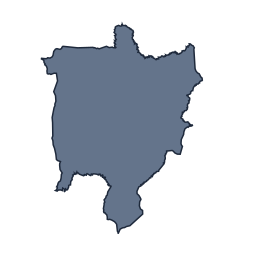 outline of Chipili, Luapula, Zambia, rotated 353°
{"feature_id": "96606910B25287686140667", "entity_name": "Chipili", "entity_type": "district", "adm_level": 2, "iso_a3": "ZMB", "parent_name": "Zambia", "parent_adm1": "Luapula", "projection": "orthographic", "projection_center": [29.255, -10.48], "detail": "fine", "context": "isolated", "style": "filled", "palette": "slate", "viewbox_px": 256, "rotation_deg": 353, "n_neighbors": 0, "source": "geoboundaries", "source_scale": "gbopen_adm2", "svg_char_len": 5772}
<svg xmlns="http://www.w3.org/2000/svg" viewBox="0 0 256 256"><g transform="rotate(353 128 128)"><path d="M207.3,90.0L207.6,89.7L207.6,87.4L206.5,86.2L205.3,82.9L203.6,81.7L202.3,79.5L201.8,77.2L203.0,57.6L203.6,56.5L202.6,54.3L201.4,53.7L200.2,52.2L199.0,51.9L199.1,53.2L198.3,53.9L197.5,53.8L197.0,54.3L197.1,54.6L196.7,54.4L196.0,55.2L195.7,54.8L195.6,55.9L194.0,58.1L193.1,58.3L192.5,57.9L191.0,58.2L191.1,58.8L190.6,59.4L189.0,60.4L188.2,60.3L188.1,60.7L187.1,60.9L186.4,60.7L186.2,60.0L185.6,60.5L185.4,59.7L185.9,58.9L185.5,59.2L185.1,58.8L185.2,59.4L184.8,59.5L184.1,59.2L184.2,58.4L182.9,58.7L182.9,58.2L182.3,58.6L181.5,58.2L179.9,58.7L180.0,59.0L179.3,58.9L179.5,59.4L178.9,59.7L178.5,59.3L178.0,60.2L177.3,59.9L176.6,60.6L175.6,60.3L175.0,60.6L174.5,60.2L174.6,60.6L173.7,60.8L173.8,61.4L173.1,61.6L172.5,61.6L172.7,61.2L171.5,61.4L171.2,60.8L170.1,60.6L169.0,61.8L167.4,61.5L167.7,61.9L165.8,62.6L166.1,63.0L165.0,62.8L164.9,63.4L164.4,63.6L163.6,63.3L163.0,62.2L161.7,61.8L161.5,60.8L160.3,60.5L160.8,59.9L159.5,59.1L158.6,59.5L157.8,58.9L157.7,59.6L157.2,59.3L157.0,59.6L157.2,60.2L155.8,59.7L155.8,60.5L153.7,59.7L153.8,60.8L153.3,61.0L153.2,59.8L152.0,59.1L152.3,58.1L151.3,57.8L151.5,57.3L150.1,57.3L150.0,56.7L149.5,56.3L149.6,55.7L148.0,54.3L148.0,53.8L147.2,53.9L148.0,52.5L147.4,51.8L147.4,51.3L146.4,51.1L146.8,49.9L147.3,49.7L147.1,49.5L147.7,49.1L146.9,48.6L147.2,48.2L146.6,46.3L147.2,46.0L146.7,45.3L145.4,45.1L145.4,44.6L144.8,45.1L145.0,43.8L144.3,43.3L144.6,42.9L144.6,42.6L144.1,42.7L144.0,40.9L143.3,40.6L143.2,38.7L144.5,36.9L144.4,36.4L143.7,36.2L144.2,35.4L143.9,35.1L144.7,34.4L144.7,33.5L145.1,33.4L144.8,31.8L143.1,30.6L143.0,30.1L142.6,30.2L142.1,29.4L141.7,29.5L141.5,28.8L139.7,27.8L138.7,26.3L138.2,26.4L137.9,25.8L136.6,25.9L135.2,25.4L134.9,24.3L134.7,25.0L134.3,24.9L134.2,25.9L132.7,25.9L131.2,25.0L128.8,25.6L127.6,26.4L127.6,27.8L126.5,28.6L126.8,30.1L125.8,31.4L127.4,33.5L127.0,33.8L127.1,34.4L126.0,34.6L126.6,35.9L126.2,37.0L127.1,38.8L126.0,39.5L125.5,39.4L126.1,40.4L124.8,41.2L125.4,42.4L125.0,42.2L124.8,42.6L125.7,43.4L124.4,45.1L124.8,44.9L124.8,45.4L125.8,46.5L125.4,46.9L123.0,46.4L122.3,45.8L119.1,45.9L116.6,44.3L109.0,45.9L107.6,45.1L106.6,45.4L104.7,44.2L104.0,44.3L103.1,43.7L87.9,42.3L73.4,39.0L72.3,39.8L71.8,40.9L70.1,41.7L67.1,40.6L65.6,40.9L63.6,43.0L62.4,46.8L61.3,48.2L59.1,49.1L56.8,48.5L56.0,49.1L54.9,49.2L50.7,48.3L50.5,48.9L52.7,50.5L52.7,52.9L53.5,54.2L53.1,55.1L54.1,55.9L54.8,57.6L55.1,59.5L54.5,61.5L54.5,64.1L55.3,64.7L56.7,64.6L58.0,65.4L61.4,64.6L63.6,65.0L63.8,72.7L58.7,82.9L60.0,87.1L59.7,92.6L58.3,95.4L58.3,96.8L57.1,98.8L54.0,108.3L53.8,113.5L52.4,126.7L51.3,128.8L51.9,131.4L51.7,135.6L52.6,139.3L53.2,145.3L53.1,150.5L54.1,151.7L56.9,153.1L55.9,154.9L55.6,156.6L55.5,161.0L57.2,164.6L56.2,166.0L55.5,169.6L54.4,172.3L52.9,173.0L51.9,174.2L51.1,176.3L50.0,177.7L50.5,178.0L50.6,178.8L49.5,180.7L48.4,181.2L50.0,182.0L51.2,181.1L53.7,181.3L55.2,182.1L55.9,179.7L57.4,181.0L57.5,182.0L56.9,182.7L57.2,183.3L57.7,183.1L58.7,180.9L59.4,182.0L60.4,181.9L62.0,179.2L62.1,177.9L62.7,177.5L64.0,177.5L64.7,173.9L65.7,173.2L66.4,172.0L66.1,171.6L66.5,170.5L67.8,168.8L67.4,168.0L68.6,167.4L69.4,167.5L69.4,166.7L69.8,167.4L71.3,167.2L70.9,166.6L71.6,166.5L71.4,166.3L71.8,165.6L71.9,166.2L72.6,166.1L74.1,167.9L78.1,170.0L78.9,169.7L78.7,169.2L79.0,168.9L80.9,169.7L81.1,168.8L81.8,168.3L84.9,170.6L85.4,170.6L86.0,169.3L87.1,170.2L87.6,169.3L88.4,169.3L91.6,170.1L92.8,171.0L93.3,171.0L93.5,170.3L94.7,170.4L95.1,172.2L96.3,172.2L96.1,171.9L96.9,171.5L97.3,171.8L97.2,172.7L96.9,172.4L96.5,173.1L96.7,173.8L97.3,173.8L98.1,175.0L99.0,173.9L99.5,174.2L98.9,175.5L99.0,176.3L99.8,176.7L99.9,177.9L100.8,178.7L100.6,179.4L101.9,180.8L101.9,181.5L101.1,181.8L101.2,182.1L102.0,182.9L102.5,182.4L103.4,183.8L103.9,183.6L104.0,184.0L100.2,188.9L99.1,192.2L98.0,192.9L97.5,194.5L95.5,196.4L95.9,198.4L95.8,199.1L95.1,199.6L95.0,201.0L93.7,205.2L94.0,206.2L93.6,207.8L93.8,209.0L94.8,209.2L94.9,210.0L96.3,211.4L96.6,213.7L96.3,216.1L97.1,216.5L98.7,216.4L100.5,217.3L103.2,219.3L104.5,221.2L105.0,222.3L104.9,229.2L105.4,230.3L105.3,231.7L107.9,227.4L110.5,226.4L112.5,226.4L114.4,225.6L118.0,225.2L132.1,215.2L132.4,211.6L130.5,209.9L129.8,206.7L130.6,202.6L132.1,200.5L132.0,199.6L130.7,196.4L129.0,194.3L129.2,191.9L131.6,187.7L133.7,187.1L133.8,186.0L134.8,186.4L135.3,185.3L136.1,185.5L136.4,184.6L137.1,184.8L137.4,183.7L138.5,183.8L140.1,183.0L140.1,182.5L142.0,181.7L143.4,180.1L144.4,180.3L145.3,178.5L146.1,179.2L146.8,178.2L146.7,177.6L147.8,177.1L148.0,176.3L148.6,176.4L149.6,175.7L150.0,175.9L151.0,174.7L153.1,174.7L153.5,173.6L159.4,167.9L159.1,167.6L159.5,167.1L159.2,166.9L160.1,166.4L160.4,164.4L161.2,163.2L161.4,161.2L161.1,160.1L162.2,159.0L162.0,158.4L163.4,157.1L163.5,155.6L169.1,155.7L170.2,156.6L171.4,158.4L173.7,159.9L176.6,160.4L179.8,152.8L179.1,151.8L178.7,149.9L179.5,145.9L182.4,141.2L183.0,138.6L184.5,135.7L187.1,134.2L187.8,134.6L189.0,133.7L191.0,133.8L192.2,133.4L192.0,132.7L190.8,132.8L190.5,132.4L190.0,132.5L189.9,132.1L189.4,132.3L189.5,130.9L188.6,130.3L188.2,129.2L186.0,129.3L184.8,128.8L184.6,128.0L183.9,127.8L184.0,127.1L183.4,126.7L183.6,126.0L181.8,124.6L181.8,123.7L182.9,123.2L182.7,122.2L183.7,121.2L183.7,119.7L184.4,119.7L184.3,119.2L184.7,119.4L184.8,119.0L185.8,118.7L186.1,117.8L187.9,117.7L189.2,116.4L189.1,115.2L189.5,115.3L189.8,114.4L189.7,112.4L190.5,111.1L191.3,110.9L191.9,109.4L191.5,108.3L192.5,107.9L192.9,106.3L192.8,105.6L191.6,104.5L191.5,103.3L190.4,103.0L190.4,102.7L193.7,101.9L194.6,100.9L194.5,99.9L195.9,98.8L196.8,98.9L197.8,95.9L199.5,93.9L199.8,94.3L200.3,93.7L200.9,93.8L201.1,92.8L202.9,92.9L204.0,91.9L204.5,92.0L204.6,91.2L205.5,90.3L207.3,90.0Z" fill="#64748b" stroke="#1e293b" stroke-width="1.5"/></g></svg>